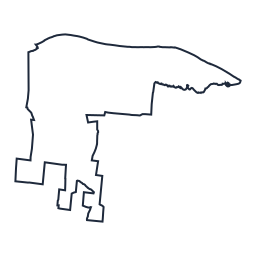 outline of Río Lagartos, Yucatán, Mexico
{"feature_id": "50627088B51809073979104", "entity_name": "Río Lagartos", "entity_type": "district", "adm_level": 2, "iso_a3": "MEX", "parent_name": "Mexico", "parent_adm1": "Yucatán", "projection": "equal_earth", "projection_center": [-87.983, 21.517], "detail": "fine", "context": "isolated", "style": "outline", "palette": "slate", "viewbox_px": 256, "rotation_deg": 0, "n_neighbors": 0, "source": "geoboundaries", "source_scale": "gbopen_adm2", "svg_char_len": 5304}
<svg xmlns="http://www.w3.org/2000/svg" viewBox="0 0 256 256"><path d="M42.7,184.3L44.8,162.3L61.9,164.7L66.0,164.8L65.2,178.5L65.4,178.6L65.3,184.3L65.1,190.3L59.2,189.4L58.3,199.7L57.8,200.6L57.4,205.3L58.7,205.3L58.4,208.2L60.0,208.6L70.1,210.0L71.7,193.6L73.5,192.7L74.4,192.4L75.4,192.2L75.9,192.0L76.0,190.2L76.9,180.9L77.5,180.6L79.2,181.0L79.6,181.2L80.2,181.8L80.8,182.3L81.3,182.5L82.2,183.1L82.8,183.9L84.0,184.2L84.9,184.8L85.6,185.7L86.1,186.3L86.5,186.5L87.7,187.8L88.0,187.8L88.2,188.1L89.7,189.1L90.5,189.2L91.3,189.7L93.9,192.2L93.5,193.4L83.9,192.2L82.8,205.6L86.0,206.9L88.1,207.5L89.9,207.5L90.4,207.1L90.9,207.2L90.7,207.6L90.1,209.7L88.2,213.6L88.1,214.7L87.9,215.5L87.9,216.3L87.2,217.9L86.9,219.1L87.0,220.1L102.5,221.6L102.8,218.4L103.2,212.0L103.6,207.0L102.9,206.2L101.6,205.3L100.5,204.9L99.6,204.3L102.3,175.9L96.0,175.0L98.1,161.2L91.8,160.4L92.6,155.9L94.4,152.2L95.8,148.7L97.0,144.3L96.9,144.1L97.1,143.3L97.1,141.2L97.2,138.6L97.3,135.4L97.6,134.4L97.5,134.1L97.6,133.2L98.1,132.5L98.1,131.1L97.2,129.5L97.2,121.3L93.6,121.7L88.1,122.5L86.5,115.0L104.3,115.4L105.2,112.0L108.1,112.6L113.3,113.2L129.6,114.6L130.5,114.8L131.9,115.0L136.9,115.2L139.9,115.5L142.5,114.1L144.7,114.1L151.2,114.6L151.7,104.0L152.9,92.7L153.2,92.1L154.4,83.4L155.6,82.0L156.5,82.3L156.7,82.5L156.8,82.4L157.3,82.5L157.5,82.4L157.7,82.7L157.9,82.6L158.1,83.0L158.5,83.2L158.7,83.4L159.6,83.7L159.9,83.9L160.0,83.9L160.2,84.0L160.6,83.8L160.7,84.0L161.1,84.1L161.5,83.8L161.6,84.1L162.2,84.4L162.6,84.5L162.8,84.3L163.1,84.4L163.2,84.5L163.4,84.5L164.0,84.9L164.4,85.1L165.1,85.1L165.4,84.7L165.7,84.6L165.9,84.6L166.6,85.1L166.8,85.0L167.2,85.3L167.3,85.7L167.7,86.2L167.8,86.1L168.2,86.2L168.3,86.1L168.6,86.4L168.8,86.3L168.9,86.1L169.0,86.2L169.5,86.1L169.7,85.9L170.0,86.4L170.3,86.5L170.6,86.5L170.9,86.6L171.1,86.5L171.2,86.3L171.7,86.4L171.7,86.6L172.0,86.7L172.4,86.5L172.8,86.3L173.0,86.4L173.3,86.0L173.7,86.6L173.9,86.5L174.1,86.9L174.5,87.2L175.0,87.3L175.5,87.7L176.0,87.7L176.3,87.5L176.5,87.5L176.7,87.3L176.8,87.1L177.0,87.1L177.3,87.2L178.0,87.1L178.4,86.7L178.5,86.5L178.6,86.4L178.8,86.6L179.2,87.2L179.7,87.4L180.4,88.1L180.7,88.2L181.0,88.1L181.4,88.2L181.2,88.0L181.1,87.9L180.8,87.2L180.6,87.0L180.4,87.0L180.4,86.8L180.5,86.8L180.8,87.0L181.3,88.0L181.7,88.0L182.0,88.4L182.9,89.3L183.5,89.6L184.1,89.8L184.7,89.8L185.6,89.5L185.7,89.3L186.2,88.9L186.6,88.3L186.8,87.7L187.2,86.6L187.2,86.2L187.0,85.8L187.0,85.2L187.3,85.0L187.9,85.3L188.3,85.7L188.2,86.0L187.7,86.4L187.6,86.9L187.7,87.3L188.3,88.4L189.2,89.3L189.6,89.5L189.9,89.4L190.2,89.3L190.6,88.7L190.8,88.4L191.7,87.9L192.1,88.0L192.8,88.4L193.8,89.7L196.4,92.2L197.2,92.7L197.8,92.9L198.2,92.5L198.4,92.7L198.8,92.8L200.3,92.6L200.7,92.8L200.8,92.5L201.1,92.4L202.0,92.5L202.3,92.3L203.2,92.4L203.6,92.1L204.1,91.6L204.3,91.0L204.9,90.1L205.0,89.7L205.4,88.6L205.6,88.7L206.2,88.5L206.8,88.2L207.5,87.3L207.9,87.1L208.6,86.5L209.1,85.7L209.6,85.3L209.9,84.9L210.3,84.7L210.8,84.2L213.4,83.8L213.6,83.6L213.8,83.5L214.0,83.6L214.6,83.7L215.2,84.0L215.8,83.7L216.9,83.8L217.5,84.6L217.9,84.7L218.0,84.9L218.3,85.0L218.6,85.0L219.0,85.1L220.1,84.8L220.6,84.9L221.2,84.8L221.7,84.9L222.2,84.6L222.5,84.3L222.5,84.1L222.6,83.7L223.4,83.8L224.0,83.8L224.4,83.7L224.9,83.3L225.6,83.4L225.7,83.9L225.8,83.8L225.8,83.4L226.0,83.7L226.4,83.6L226.8,83.5L226.8,83.9L226.5,84.3L226.2,84.4L226.2,84.8L226.4,85.4L226.6,85.7L227.2,86.2L227.5,86.4L228.5,86.4L229.1,86.2L229.5,85.8L229.5,85.6L229.4,85.7L229.0,85.5L229.1,85.0L229.0,84.9L228.8,85.0L228.7,84.9L228.9,84.4L228.5,84.4L228.4,84.3L228.1,83.6L228.1,83.1L227.8,83.0L227.7,83.2L227.7,83.4L227.7,83.5L227.4,83.1L227.3,83.3L227.2,83.3L227.2,83.0L227.4,82.8L228.1,82.8L228.6,83.2L229.6,85.1L232.0,85.0L236.5,84.2L238.6,83.7L239.7,83.0L240.0,82.5L240.3,81.8L240.6,80.6L239.5,79.9L238.9,79.4L238.6,79.4L237.0,78.5L235.7,77.6L235.4,77.5L234.5,76.9L234.2,76.9L229.7,73.9L221.5,69.0L216.2,66.3L211.3,64.2L211.1,64.3L210.4,63.9L210.2,64.0L209.9,63.7L209.8,63.8L209.3,63.5L208.6,63.4L206.6,62.4L204.7,61.2L204.4,61.1L203.9,60.8L203.4,60.6L203.1,60.6L201.6,59.8L200.9,59.5L197.6,57.2L194.1,55.2L188.3,52.5L181.2,49.5L179.6,48.9L179.3,48.9L178.4,48.5L174.9,47.4L174.7,47.4L174.5,47.6L172.7,47.4L171.8,47.3L170.8,47.2L170.7,47.3L170.1,47.3L169.5,47.4L169.1,47.3L167.7,47.3L164.9,47.2L162.6,47.2L159.6,46.8L159.4,46.6L158.4,46.5L157.7,46.5L156.5,46.8L154.8,47.0L150.7,47.2L146.2,47.1L143.7,47.2L141.7,47.1L138.5,47.2L131.7,47.1L129.5,46.8L127.7,46.8L119.6,46.0L115.0,45.3L109.5,44.6L108.0,44.5L105.6,44.2L97.5,42.5L94.5,41.6L88.0,39.5L86.9,38.8L83.3,37.6L79.6,36.6L77.2,36.1L73.9,35.6L70.6,35.0L65.3,34.4L62.3,34.6L56.9,35.3L54.4,36.1L53.8,36.2L52.7,36.8L50.9,37.4L50.1,37.6L47.8,38.6L47.4,38.9L46.9,39.1L44.5,40.3L44.4,40.6L44.0,40.9L41.8,42.2L38.4,43.8L36.8,44.4L36.0,44.6L35.8,44.6L37.5,46.9L37.8,48.1L37.5,48.3L37.2,48.0L36.9,47.8L36.7,48.0L36.8,48.4L36.6,48.9L35.4,49.8L34.2,50.2L33.0,50.9L32.7,50.8L32.2,51.0L31.9,51.0L30.9,51.2L29.6,51.8L28.4,52.2L28.6,90.3L27.9,98.6L26.3,107.3L27.3,107.5L27.4,108.0L27.6,108.9L28.4,109.8L30.8,112.2L31.4,113.0L32.2,115.6L32.9,116.9L33.2,117.8L33.6,118.9L34.0,120.0L31.1,119.7L33.0,134.7L31.9,148.8L30.6,156.9L30.5,160.4L16.7,158.6L16.0,168.4L15.4,181.3L28.1,182.6L29.1,182.5L42.7,184.3Z" fill="none" stroke="#1e293b" stroke-width="2"/></svg>